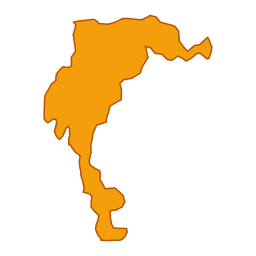 the district of Psematismenos, Larnaca, Cyprus
{"feature_id": "46923920B35113056649454", "entity_name": "Psematismenos", "entity_type": "district", "adm_level": 2, "iso_a3": "CYP", "parent_name": "Cyprus", "parent_adm1": "Larnaca", "projection": "equal_earth", "projection_center": [33.351, 34.757], "detail": "fine", "context": "isolated", "style": "filled", "palette": "amber", "viewbox_px": 256, "rotation_deg": 0, "n_neighbors": 0, "source": "geoboundaries", "source_scale": "gbopen_adm2", "svg_char_len": 2111}
<svg xmlns="http://www.w3.org/2000/svg" viewBox="0 0 256 256"><path d="M83.2,192.2L89.6,193.8L92.0,196.5L91.3,200.9L91.1,206.9L93.7,210.6L98.8,215.5L98.1,219.8L96.1,224.9L95.6,229.3L97.9,235.1L100.4,238.1L101.5,239.7L100.4,240.1L106.4,240.6L110.9,240.4L113.6,240.2L116.6,240.2L120.1,240.2L121.6,239.5L122.7,238.9L125.2,236.1L127.1,232.1L126.6,228.7L124.6,228.4L118.9,228.3L113.5,227.9L111.8,224.6L111.2,222.2L110.4,217.5L110.4,214.5L110.0,211.7L111.5,210.3L116.1,210.1L119.3,208.3L122.1,207.0L124.8,201.9L123.1,195.6L119.2,191.8L114.8,188.0L109.1,188.4L105.1,188.8L102.5,183.6L99.9,179.3L100.5,174.2L99.7,170.8L95.2,168.5L90.3,165.3L89.1,161.1L89.2,160.3L91.2,152.2L90.8,145.1L92.4,138.1L92.9,133.5L96.6,125.2L100.9,123.8L106.1,122.1L106.9,116.4L108.3,113.2L109.9,106.2L117.3,101.7L121.1,99.8L121.5,89.6L119.8,83.5L123.7,79.7L131.6,78.3L139.9,73.4L140.5,72.6L142.0,67.5L145.3,61.7L148.0,57.7L145.5,46.5L150.7,48.0L154.9,53.3L162.0,54.3L167.1,59.4L171.8,60.4L177.6,56.1L182.4,58.2L186.0,61.1L190.5,58.7L193.4,56.5L196.5,53.7L199.7,53.1L203.0,55.4L205.0,57.4L207.4,59.0L209.0,58.4L209.6,56.4L210.9,52.6L211.9,47.3L209.3,40.5L207.7,37.4L205.8,38.9L202.8,41.7L199.9,44.6L194.5,45.5L191.8,47.7L187.6,51.3L183.9,47.3L179.3,40.9L178.6,31.1L174.8,26.2L173.2,25.6L160.4,22.2L156.0,16.9L149.5,15.4L148.7,16.5L141.6,19.8L133.1,19.1L128.8,18.5L122.7,18.5L116.0,21.8L112.4,23.1L107.7,24.2L99.0,23.6L97.2,21.3L93.5,19.3L77.1,21.3L73.6,22.1L75.5,24.6L75.5,26.9L74.6,29.9L73.2,34.5L74.3,41.4L75.5,50.4L75.0,52.4L73.3,54.3L71.3,57.4L71.4,61.1L71.4,65.5L69.6,67.3L66.7,67.3L65.3,67.2L63.3,66.7L60.7,68.7L58.5,71.4L56.4,74.3L55.9,77.5L55.8,80.5L51.2,84.3L48.5,89.5L45.2,94.8L44.6,99.7L44.4,106.1L44.1,114.1L44.2,118.8L45.2,120.7L47.7,122.7L49.2,122.0L52.5,119.5L55.8,119.1L56.7,122.7L55.7,126.6L54.5,130.8L55.6,134.7L58.0,138.3L59.9,139.4L61.1,137.7L62.9,135.9L64.4,132.2L66.0,128.3L68.3,126.4L69.5,128.7L69.8,135.2L68.7,138.7L68.7,144.5L70.8,145.4L72.2,148.0L75.0,151.8L80.1,155.8L79.3,160.9L79.5,165.6L80.7,171.1L81.0,176.0L82.3,179.6L84.0,187.3L84.0,188.9L83.2,192.2Z" fill="#f59e0b" stroke="#b45309" stroke-width="1.5"/></svg>